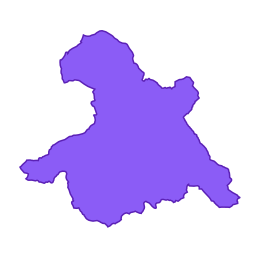 Quan Hoa, Thanh Hóa, Vietnam (Natural Earth projection), rotated 358°
{"feature_id": "81297802B43083568307928", "entity_name": "Quan Hoa", "entity_type": "district", "adm_level": 2, "iso_a3": "VNM", "parent_name": "Vietnam", "parent_adm1": "Thanh Hóa", "projection": "natural_earth1", "projection_center": [104.955, 20.487], "detail": "fine", "context": "isolated", "style": "filled", "palette": "violet", "viewbox_px": 256, "rotation_deg": 358, "n_neighbors": 0, "source": "geoboundaries", "source_scale": "gbopen_adm2", "svg_char_len": 5819}
<svg xmlns="http://www.w3.org/2000/svg" viewBox="0 0 256 256"><g transform="rotate(358 128 128)"><path d="M195.0,84.6L193.6,82.9L191.6,79.7L188.2,78.9L185.4,80.7L183.3,81.3L181.0,81.4L176.7,83.4L176.4,88.3L174.6,89.0L173.6,89.7L173.1,90.4L172.8,90.2L171.8,88.9L171.2,88.7L170.5,89.3L169.6,89.0L168.2,89.6L167.6,89.5L166.5,88.8L164.6,89.5L163.2,89.3L162.2,87.9L159.9,86.0L159.4,85.1L158.9,84.7L158.8,84.0L158.4,83.8L157.1,82.7L154.6,81.1L151.7,80.3L150.9,79.3L150.5,79.3L149.2,80.3L148.8,80.3L147.9,79.9L147.3,79.9L146.9,80.3L146.1,81.5L145.0,81.6L144.1,80.9L143.8,80.4L143.8,80.1L144.6,78.6L144.9,77.0L145.7,75.6L145.9,74.2L145.7,73.2L144.1,72.1L140.8,68.7L140.2,66.7L139.5,65.3L138.9,64.6L137.9,63.8L136.2,63.4L135.3,60.3L135.1,58.9L135.2,57.9L136.0,56.1L136.0,55.4L135.0,52.6L132.1,48.5L130.2,44.7L129.8,44.2L128.5,43.4L125.4,43.0L122.5,41.7L121.7,41.0L120.2,39.3L118.2,38.1L117.2,37.2L116.2,35.9L114.9,34.8L109.2,31.1L105.5,29.9L103.1,30.1L100.1,31.7L98.2,33.2L94.9,34.0L93.1,34.8L91.1,34.9L89.7,34.7L88.0,34.2L86.7,33.5L86.1,35.4L84.9,38.3L83.7,39.8L84.5,40.8L82.8,42.2L81.2,43.1L79.6,44.6L75.2,46.6L72.2,48.5L71.4,49.6L70.8,51.0L70.4,51.5L70.2,50.2L69.4,50.1L68.7,50.2L68.3,50.7L67.5,53.1L65.6,55.8L63.8,57.6L62.9,57.6L62.6,57.8L62.4,59.8L62.5,63.0L63.1,65.2L63.6,66.2L63.1,68.7L63.1,70.8L63.7,72.0L64.1,74.0L64.0,76.6L64.8,77.7L65.9,80.6L66.6,80.6L69.3,79.8L70.3,78.7L71.7,78.6L74.2,78.9L75.0,78.8L76.4,78.0L80.6,78.8L81.4,79.2L85.6,82.5L89.4,85.0L93.7,87.0L96.2,88.0L94.1,90.6L94.3,91.4L95.1,92.5L95.4,95.2L95.4,97.4L95.8,98.4L95.9,99.3L95.6,99.6L93.5,100.1L92.3,100.8L92.0,102.3L93.3,104.7L94.4,105.1L95.2,106.1L97.2,112.8L97.1,113.4L96.5,113.8L94.4,113.8L94.2,114.0L95.2,116.1L95.6,119.0L94.6,122.4L91.5,124.1L90.6,124.8L89.2,126.6L89.0,127.6L87.9,127.8L87.2,128.2L84.8,131.2L82.6,132.1L78.3,133.1L75.1,133.4L73.7,133.3L72.7,133.6L71.9,134.2L69.1,134.5L64.5,137.4L60.1,138.6L58.2,139.3L54.0,142.0L52.4,142.6L52.1,142.8L51.8,143.5L50.8,144.2L50.6,145.5L49.8,146.6L48.9,146.9L48.6,147.2L48.5,147.7L48.1,148.6L47.8,151.4L47.1,151.9L44.5,152.6L43.0,153.5L41.9,153.7L40.5,155.0L39.0,154.7L38.2,154.9L37.6,155.8L37.2,157.4L35.3,157.2L32.1,157.3L30.8,156.9L30.2,157.0L29.2,156.6L25.7,156.6L25.2,157.5L24.5,158.3L21.5,160.8L19.8,162.6L18.7,163.3L19.6,165.2L22.8,169.1L25.5,169.7L26.8,170.4L26.4,172.1L25.6,173.9L24.2,175.2L24.7,175.6L26.3,176.6L27.1,176.7L30.1,176.7L33.7,177.6L35.3,177.1L36.4,177.6L37.3,178.9L38.8,179.0L42.1,180.2L42.7,180.2L44.1,179.2L45.9,179.4L46.6,178.7L47.1,178.5L47.6,178.6L49.2,180.1L50.1,180.2L51.3,179.3L51.4,178.7L52.0,177.5L52.3,176.0L53.1,174.7L54.5,173.7L55.4,172.5L56.4,172.0L57.4,170.5L58.4,169.5L61.0,168.9L63.2,169.1L63.8,169.3L64.4,169.7L64.8,170.3L65.2,171.7L64.7,173.1L64.4,174.7L64.4,175.6L64.9,177.3L66.7,179.9L66.1,180.3L65.8,181.1L66.1,181.9L66.1,183.9L65.8,185.2L66.9,187.6L68.1,192.0L70.5,196.5L70.4,197.9L71.0,198.9L70.5,199.4L69.9,199.4L69.4,199.7L69.1,200.5L69.3,201.8L70.2,203.4L71.1,206.1L74.2,206.5L76.0,206.1L77.6,209.4L78.6,210.3L79.7,212.6L81.0,213.2L81.2,214.1L81.8,214.8L82.6,216.3L83.5,217.4L85.0,218.4L85.7,218.8L87.8,219.4L89.8,219.8L93.9,219.4L96.4,220.5L97.1,221.1L99.5,222.4L101.3,222.6L102.2,223.2L102.7,223.9L103.5,224.5L104.4,226.1L106.7,225.1L109.0,223.1L110.4,222.8L112.0,223.2L113.3,222.1L114.0,222.1L115.0,221.4L115.9,221.1L118.1,219.3L117.9,218.2L118.2,217.1L118.3,216.0L119.6,214.7L120.6,213.9L121.9,213.2L123.5,212.8L124.6,213.1L126.3,213.9L127.5,212.6L131.3,211.9L132.3,211.4L133.9,212.3L136.6,213.5L138.3,213.8L138.5,213.2L139.8,211.9L141.4,209.0L141.7,207.6L141.1,203.9L141.6,202.9L143.0,202.0L143.6,202.0L144.4,202.7L146.3,203.5L147.7,204.9L149.3,207.0L150.7,208.3L151.5,208.9L152.7,209.2L153.1,209.1L153.4,208.7L153.4,208.2L152.9,205.7L153.3,204.6L154.0,204.0L156.3,203.7L157.0,203.5L157.9,202.5L158.6,201.0L159.3,200.6L160.8,200.6L163.5,201.4L165.3,201.0L166.8,201.8L167.8,201.6L170.2,202.9L170.8,204.0L172.5,203.5L173.0,202.4L173.3,202.1L175.5,202.9L177.0,201.9L178.4,200.7L181.3,199.6L181.1,198.0L181.9,196.1L182.8,195.3L185.0,194.2L184.3,192.4L184.3,191.3L184.6,190.6L184.7,189.3L184.8,188.6L185.7,186.9L186.6,186.4L186.8,187.4L187.3,188.0L191.9,188.4L195.4,188.1L196.8,188.8L197.0,189.1L197.1,189.8L197.1,191.4L199.5,191.5L201.5,194.2L206.5,199.9L207.7,201.5L208.8,203.7L210.6,204.1L211.4,204.7L211.8,205.8L212.7,206.4L213.0,207.0L213.9,208.0L214.5,208.3L216.5,210.5L219.2,210.3L219.8,210.4L225.2,210.6L226.7,210.9L229.0,209.6L230.3,208.2L231.7,208.0L235.0,207.2L235.1,206.7L234.7,205.8L234.9,205.3L234.4,204.8L234.7,203.6L235.5,202.2L236.9,201.8L237.3,201.5L237.2,201.2L235.8,200.3L234.9,198.9L230.3,196.2L226.0,193.0L225.8,190.5L225.2,188.8L227.1,187.2L229.4,184.5L229.7,183.7L229.6,182.7L227.9,181.0L227.9,178.8L227.7,176.2L227.3,175.3L227.0,173.2L226.2,172.1L223.8,171.1L222.6,170.3L221.7,170.1L220.3,169.0L217.6,168.4L216.1,167.3L214.1,165.2L212.8,164.1L209.7,163.0L209.0,162.5L208.7,162.0L208.7,161.5L208.9,159.6L208.3,158.3L207.6,157.6L207.0,154.9L205.6,152.3L205.3,151.4L203.0,148.6L201.7,147.4L201.4,146.9L199.8,145.8L199.3,145.0L199.3,144.6L199.0,144.0L198.7,142.6L197.8,141.1L197.7,140.3L196.8,139.1L196.5,139.0L196.5,137.8L196.3,137.2L195.7,137.0L195.3,136.5L194.3,136.4L193.9,135.4L193.6,135.2L193.5,134.4L193.2,133.7L192.0,132.6L191.6,131.8L190.9,130.9L190.3,130.5L190.1,129.9L189.4,129.0L188.6,128.4L188.0,127.3L186.9,125.8L186.7,125.0L185.5,122.8L185.1,122.6L185.0,121.7L183.8,119.6L183.8,119.1L184.2,118.5L187.0,116.0L187.4,115.7L188.5,115.7L189.9,113.9L191.8,112.2L192.4,111.4L192.6,109.6L193.3,109.1L193.4,108.8L193.2,108.4L193.3,108.1L194.5,106.3L195.0,106.1L195.8,104.9L196.0,103.7L197.1,103.2L198.0,102.3L199.9,100.8L200.1,100.5L199.4,99.3L198.8,97.7L199.5,96.0L199.4,95.1L199.1,94.3L198.6,93.5L195.1,89.7L194.5,88.7L193.9,88.2L195.0,85.3L195.0,84.6Z" fill="#8b5cf6" stroke="#5b21b6" stroke-width="1.5"/></g></svg>